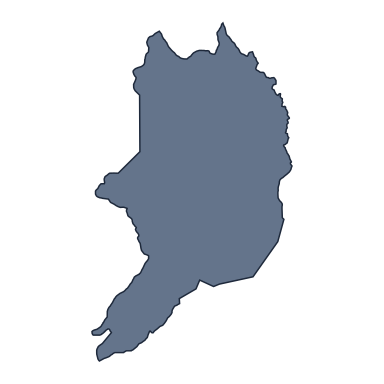 Corredores, Puntarenas, Costa Rica (orthographic projection)
{"feature_id": "36466004B38265631296352", "entity_name": "Corredores", "entity_type": "district", "adm_level": 2, "iso_a3": "CRI", "parent_name": "Costa Rica", "parent_adm1": "Puntarenas", "projection": "orthographic", "projection_center": [-82.937, 8.537], "detail": "fine", "context": "isolated", "style": "filled", "palette": "slate", "viewbox_px": 384, "rotation_deg": 0, "n_neighbors": 0, "source": "geoboundaries", "source_scale": "gbopen_adm2", "svg_char_len": 5893}
<svg xmlns="http://www.w3.org/2000/svg" viewBox="0 0 384 384"><path d="M159.3,31.2L155.2,33.5L153.0,35.6L152.0,36.1L150.0,36.6L148.5,37.9L148.2,38.6L146.9,41.8L146.8,42.5L147.4,45.0L148.8,47.5L148.5,51.7L148.2,52.3L146.5,53.8L146.1,54.4L145.3,57.2L145.2,58.5L144.8,59.6L144.7,62.5L144.1,64.3L143.2,65.3L141.3,66.6L138.0,67.6L135.4,68.7L134.2,69.7L133.1,71.1L133.2,72.4L133.9,74.4L134.8,76.0L136.0,77.3L136.1,77.7L135.9,78.9L135.2,80.9L133.6,84.4L133.7,87.6L134.1,88.9L135.2,90.8L139.6,95.1L139.9,151.7L118.3,173.1L117.3,173.2L114.0,173.1L109.7,173.2L109.0,173.6L107.0,175.3L105.6,176.2L104.9,176.9L104.2,178.9L104.2,179.9L104.6,182.2L104.6,183.0L104.3,183.7L101.0,183.8L99.3,185.6L97.8,188.6L96.3,189.9L95.5,191.1L95.5,193.7L95.6,194.4L96.5,196.0L97.5,196.8L99.6,197.7L101.6,198.0L102.4,198.3L108.4,199.1L110.6,202.4L114.1,204.2L116.3,205.7L118.3,206.7L120.3,207.4L123.3,207.2L124.3,207.4L127.1,208.4L127.1,208.8L126.5,210.0L126.5,211.5L127.0,212.5L127.9,215.6L128.4,216.3L130.5,217.8L131.7,218.9L132.2,220.1L132.3,221.5L133.0,223.7L134.3,225.2L134.9,226.1L136.3,227.5L136.2,228.0L135.6,228.9L135.5,229.6L136.2,231.2L137.3,232.7L138.0,233.3L138.8,235.0L138.7,236.2L137.7,237.3L137.6,238.0L137.7,238.8L138.8,240.9L138.9,241.4L140.2,243.4L141.1,249.0L141.3,249.2L141.5,250.4L143.1,252.5L144.3,254.0L146.5,254.7L148.5,255.6L148.6,256.2L148.6,258.4L148.4,259.0L147.3,260.8L146.8,261.2L145.1,263.4L142.5,269.0L142.2,269.2L141.2,271.5L140.4,273.0L139.4,273.8L139.2,274.3L138.5,274.5L137.3,275.2L136.0,275.8L134.3,277.1L133.5,278.9L132.9,279.8L132.4,281.1L131.7,282.5L130.2,284.1L129.5,285.3L127.5,288.2L126.3,289.0L124.9,290.6L123.7,291.6L120.0,293.4L116.9,295.7L115.7,297.0L115.0,298.2L114.5,298.6L112.4,302.7L110.8,305.0L110.1,306.3L109.8,306.4L108.9,307.5L107.9,309.4L107.3,311.4L107.2,317.0L104.8,319.9L103.7,322.1L103.0,322.8L102.9,323.5L102.0,324.6L101.5,325.6L100.7,326.7L97.1,329.2L94.1,330.1L92.8,330.8L92.0,331.5L92.1,333.3L92.5,333.9L92.6,334.6L93.4,335.1L99.8,335.1L101.1,334.6L101.7,334.2L101.8,333.9L102.4,333.7L104.1,332.3L104.4,331.7L104.7,331.7L104.9,331.4L105.4,331.0L105.5,330.7L105.8,330.6L106.1,330.1L106.4,330.0L107.9,329.0L108.9,329.0L109.6,329.6L110.3,331.2L110.8,331.7L111.4,332.6L102.4,343.5L99.1,345.8L98.1,346.8L98.1,347.1L97.6,347.9L97.1,348.9L96.7,350.2L96.7,353.0L96.8,354.4L98.0,359.1L98.2,359.3L98.6,360.1L99.4,361.0L104.2,358.4L105.8,357.9L108.8,356.7L109.8,356.1L110.0,355.8L111.4,354.7L112.1,354.4L113.2,353.4L114.8,352.6L123.4,352.6L123.8,352.5L124.3,351.9L125.4,351.4L126.3,350.8L130.5,350.8L130.6,350.7L131.4,350.7L131.5,350.5L132.9,349.9L136.9,346.6L138.9,343.8L141.5,342.7L143.3,341.3L144.7,340.4L145.2,339.9L145.8,339.0L147.3,337.5L148.1,334.8L149.5,331.4L149.9,331.1L150.4,331.2L151.5,332.5L152.2,332.8L153.0,332.8L153.3,332.6L153.9,331.6L154.8,330.7L157.1,329.0L160.0,326.4L162.7,325.3L164.4,323.3L166.1,320.9L167.7,317.8L169.3,316.5L171.1,314.3L172.0,312.6L172.0,311.3L172.3,310.0L173.2,308.3L173.4,308.1L174.4,306.4L174.7,306.1L177.1,305.1L177.5,304.7L179.6,303.6L179.3,298.6L196.0,288.9L199.7,280.1L213.6,286.5L219.4,284.1L253.0,276.8L277.8,241.6L283.9,219.3L282.6,218.1L282.3,217.5L282.0,208.9L282.0,206.7L282.3,204.9L282.1,203.6L281.2,202.2L280.1,201.2L279.1,199.8L278.1,197.9L277.9,194.2L277.9,191.9L278.2,190.8L278.1,188.0L278.4,186.4L279.2,183.8L279.4,181.5L280.0,179.8L281.4,178.4L282.8,177.6L284.7,175.9L286.9,174.2L289.3,172.0L290.4,170.4L291.1,168.9L291.2,168.1L292.0,166.0L290.5,164.0L290.4,163.5L290.5,162.7L291.2,162.3L291.4,161.9L289.9,159.0L289.1,156.0L288.4,155.0L288.1,154.3L287.1,153.1L286.7,151.6L285.4,148.9L285.2,147.8L284.2,146.8L283.6,145.7L283.7,145.0L284.9,144.6L285.7,144.1L286.3,143.4L287.0,143.1L287.3,142.4L288.2,138.7L288.8,137.8L288.4,137.2L288.0,136.7L287.6,135.8L287.4,133.7L286.0,133.2L285.6,132.9L285.5,132.6L285.7,132.0L286.1,131.5L286.2,129.8L286.7,128.5L287.1,128.1L287.2,127.8L286.8,126.2L286.8,124.6L287.2,123.9L288.1,123.1L288.1,122.2L287.3,120.4L287.3,119.9L287.6,119.4L289.0,118.6L289.3,118.3L289.3,117.8L287.4,115.2L287.3,114.2L287.6,113.3L287.7,112.4L287.6,112.1L287.3,111.9L287.1,111.1L286.6,110.1L285.6,108.7L285.6,107.2L284.8,106.4L284.4,106.4L284.2,106.8L283.9,106.8L281.9,106.3L282.1,103.8L282.7,102.7L282.8,102.3L282.1,101.0L282.3,99.6L282.3,98.8L280.8,97.7L280.3,96.9L280.3,95.3L280.5,94.5L280.5,93.9L280.4,93.7L279.7,93.7L278.9,94.1L278.0,95.4L277.3,95.2L275.9,94.0L274.8,91.9L274.1,90.0L272.9,89.4L272.1,88.7L272.2,86.9L272.6,86.3L273.3,84.9L273.5,84.7L275.1,84.4L276.0,84.0L276.0,80.6L275.8,80.1L275.6,80.0L275.2,79.3L275.0,79.1L274.8,78.5L273.8,77.6L271.3,77.9L270.4,78.3L269.4,78.3L268.4,77.6L266.7,77.4L266.2,77.1L266.1,76.7L265.7,76.1L264.3,73.2L263.3,72.4L260.3,72.3L258.1,70.8L256.4,69.9L255.8,68.6L255.8,68.2L257.3,64.1L258.1,63.5L258.1,63.0L257.2,61.9L256.8,61.2L256.2,59.8L255.9,58.3L255.4,57.7L254.5,57.1L254.0,56.2L253.5,54.5L252.5,51.8L250.0,52.3L249.2,52.7L248.6,53.6L247.9,55.4L247.5,56.1L246.3,56.0L243.6,54.4L242.0,53.9L241.1,53.4L239.8,51.8L239.3,50.4L238.1,48.5L236.3,46.9L235.4,45.3L235.3,44.9L234.4,43.2L233.6,42.7L233.0,42.1L232.7,42.0L231.7,41.0L231.0,39.6L229.7,38.0L229.5,37.4L227.2,35.4L226.6,34.6L226.2,33.6L225.0,28.0L224.4,26.5L223.9,25.9L222.9,23.0L221.6,24.3L221.4,25.6L220.7,27.4L219.7,28.6L219.1,30.0L217.1,32.6L217.1,34.4L217.9,36.7L218.0,39.8L219.2,43.0L219.2,43.9L218.8,45.6L217.7,47.3L216.9,49.7L216.3,50.3L216.3,51.0L215.9,52.2L214.8,54.2L213.6,54.2L212.3,54.0L210.4,53.3L209.6,52.6L209.2,51.3L208.5,50.9L207.9,50.7L205.5,50.8L204.2,50.5L199.4,50.4L196.6,51.2L193.7,52.8L192.6,53.8L192.4,54.2L191.6,55.0L190.7,56.3L189.1,57.1L188.6,57.7L187.9,58.1L187.0,59.0L186.8,59.0L183.9,58.9L181.5,58.4L179.8,57.6L178.8,56.5L177.3,55.9L176.1,55.0L174.4,52.7L173.3,51.9L171.6,50.3L168.6,46.8L168.0,45.7L166.6,42.5L165.6,41.5L164.9,40.2L164.1,39.4L163.8,39.3L163.8,39.1L163.6,39.0L162.3,36.6L161.5,34.1L159.3,31.2Z" fill="#64748b" stroke="#1e293b" stroke-width="1.5"/></svg>